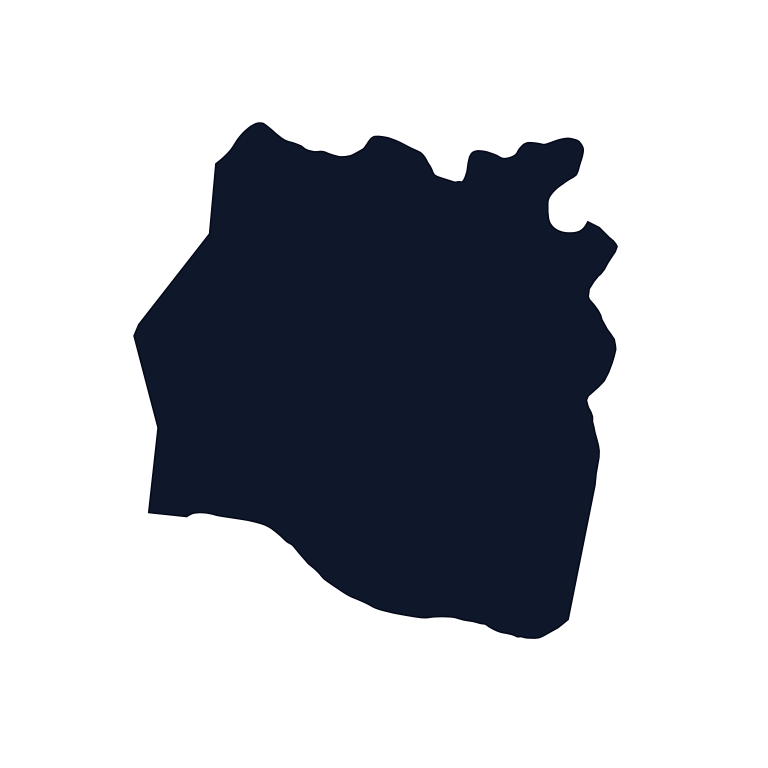 Lauterique, La Paz, Honduras (Robinson projection), rotated 76°
{"feature_id": "27666195B69493881597747", "entity_name": "Lauterique", "entity_type": "district", "adm_level": 2, "iso_a3": "HND", "parent_name": "Honduras", "parent_adm1": "La Paz", "projection": "robinson", "projection_center": [-87.665, 13.861], "detail": "fine", "context": "isolated", "style": "filled", "palette": "ink", "viewbox_px": 768, "rotation_deg": 76, "n_neighbors": 0, "source": "geoboundaries", "source_scale": "gbopen_adm2", "svg_char_len": 6170}
<svg xmlns="http://www.w3.org/2000/svg" viewBox="0 0 768 768"><g transform="rotate(76 384 384)"><path d="M657.0,262.3L533.3,203.8L522.1,199.8L507.2,193.2L500.8,191.4L495.7,190.9L488.9,190.9L482.3,191.1L476.6,190.8L471.0,190.8L466.1,189.6L461.6,190.0L456.4,191.3L454.1,191.5L448.7,191.5L445.1,188.9L441.4,181.9L438.2,175.9L434.2,169.6L426.9,163.2L418.6,157.5L412.7,154.0L406.6,150.8L402.9,150.2L396.3,149.8L391.1,151.7L385.0,154.2L374.4,157.0L369.5,157.2L364.4,158.5L357.8,161.2L351.9,164.3L348.6,164.7L341.4,161.9L335.4,155.7L330.9,149.8L329.8,147.3L326.0,142.4L320.8,137.7L315.8,132.4L311.6,127.7L307.1,124.6L304.3,125.2L300.7,126.9L296.1,130.2L284.3,137.3L275.9,147.0L277.6,148.5L279.2,150.1L280.0,151.0L280.7,151.9L281.6,153.2L282.2,154.4L282.7,155.7L283.1,156.7L283.3,158.2L283.4,159.6L283.4,161.3L283.3,162.5L283.1,164.2L282.7,166.0L282.2,168.2L281.6,170.2L281.0,171.9L280.3,173.3L279.4,175.0L278.5,176.4L277.4,177.9L276.2,179.3L274.9,180.4L273.9,181.3L272.8,182.0L271.2,182.9L269.4,183.6L268.5,183.9L267.1,184.2L266.2,184.3L264.7,184.4L263.2,184.4L260.2,184.0L256.5,183.4L252.3,182.4L249.2,181.6L247.1,181.0L245.6,180.4L244.6,179.8L243.8,179.3L243.1,178.8L242.4,178.2L241.4,177.2L240.7,176.3L239.7,175.1L238.4,173.3L237.3,171.6L236.5,170.2L235.7,168.8L235.2,167.7L234.3,165.5L231.8,159.2L231.0,157.1L230.0,154.0L229.0,150.2L228.6,149.3L228.2,148.3L227.8,147.4L227.4,146.9L226.8,146.2L225.8,145.4L224.0,144.1L219.8,141.8L212.4,137.3L210.4,136.2L207.2,134.7L206.2,134.4L205.3,134.1L204.3,133.9L203.4,133.8L202.5,133.9L201.5,134.0L199.7,134.5L198.6,134.9L197.4,135.4L195.9,136.2L195.3,136.6L194.8,137.2L194.1,138.0L193.4,139.1L192.0,141.6L191.1,143.5L190.6,144.6L190.3,145.5L189.9,147.3L189.6,149.4L189.5,150.8L189.4,154.1L189.5,156.7L189.6,158.2L190.3,164.9L190.5,167.1L190.6,169.2L190.5,170.1L190.3,171.3L189.9,172.2L188.7,174.6L188.1,175.9L187.2,178.0L186.4,180.2L185.5,182.8L185.1,184.2L184.9,185.1L184.7,186.1L184.7,186.8L184.8,187.8L185.0,189.2L185.1,189.8L185.5,190.7L185.7,191.3L186.2,192.1L187.4,194.0L188.8,195.9L189.9,197.1L191.7,198.7L192.8,199.9L193.4,200.8L193.9,202.0L194.2,203.0L194.5,204.4L194.7,205.7L194.8,207.1L194.9,208.5L194.8,209.8L194.7,211.1L194.5,212.3L194.3,213.1L194.1,213.8L193.7,214.4L193.4,215.1L192.8,215.9L192.0,216.8L190.0,218.8L188.9,220.2L187.2,222.6L185.2,225.7L183.7,228.1L182.9,229.7L182.3,231.1L181.6,232.9L181.0,234.8L180.6,236.0L180.4,237.1L180.3,238.2L180.3,239.3L180.4,240.4L180.5,241.1L180.9,242.1L181.2,242.8L181.7,243.5L182.3,244.1L183.4,245.1L184.3,245.9L185.3,246.5L188.1,247.9L190.1,248.9L195.7,251.1L197.5,251.9L198.3,252.3L201.0,253.9L203.0,255.2L204.4,256.3L205.6,257.4L206.2,258.1L206.7,258.7L206.8,259.1L206.9,259.6L206.8,260.2L206.3,261.2L206.0,261.7L205.9,262.4L205.7,263.5L205.7,265.1L205.6,265.9L205.3,266.6L204.6,267.9L198.0,278.6L196.9,280.3L196.0,281.7L195.0,282.9L194.3,283.7L193.8,284.1L193.1,284.6L192.3,284.9L191.6,285.2L190.6,285.4L188.2,285.7L185.9,286.1L183.7,286.7L179.9,288.0L176.2,288.9L174.8,289.3L173.2,289.9L171.6,290.6L170.1,291.4L169.2,292.0L168.5,292.6L167.9,293.1L166.6,294.6L162.3,300.0L159.5,303.3L155.8,307.4L153.0,310.7L150.8,313.5L149.1,316.0L147.0,319.1L146.3,320.2L145.6,321.6L144.6,323.8L143.6,326.2L142.6,328.9L142.2,330.5L141.7,332.6L141.6,333.5L141.7,334.3L141.9,335.0L142.3,336.3L142.7,337.1L143.5,338.3L144.5,339.5L145.6,340.8L147.6,342.9L149.2,344.8L150.6,346.6L150.9,347.1L151.2,348.0L152.4,352.2L153.5,356.3L154.2,359.3L154.4,360.8L154.4,361.9L154.3,363.9L154.1,366.6L153.9,367.7L153.6,369.3L153.2,370.8L152.9,371.7L152.5,372.8L151.8,374.2L149.7,378.0L148.6,379.7L147.7,381.2L145.7,383.9L144.9,385.0L144.2,386.1L143.8,387.0L143.3,388.3L143.0,389.4L142.5,392.7L142.3,393.8L141.9,395.2L141.4,396.5L140.5,398.3L139.4,400.5L138.7,401.6L137.8,402.7L136.9,403.8L135.9,404.6L134.0,406.0L133.1,406.8L132.4,407.7L130.3,410.6L128.7,412.9L127.4,415.1L126.1,417.5L125.3,418.8L124.0,420.6L122.5,422.3L120.2,424.4L117.7,426.3L114.4,428.8L110.2,431.6L108.4,432.9L104.5,435.9L103.3,436.9L102.2,438.0L101.6,438.8L101.2,439.9L100.7,441.3L100.5,442.5L100.4,443.7L100.4,445.1L100.6,446.3L101.0,448.0L101.4,449.5L101.8,450.8L102.3,452.2L103.0,453.7L104.6,456.9L105.4,458.4L106.3,459.9L108.1,462.6L109.8,464.9L111.2,466.6L111.9,467.5L115.1,470.8L118.2,474.1L119.7,475.9L121.1,477.9L122.0,479.2L123.3,481.3L125.6,485.3L127.8,489.6L129.7,493.9L196.1,516.9L267.0,607.6L276.8,614.9L371.8,613.8L451.8,643.4L464.9,607.4L464.1,605.3L463.6,603.0L463.4,602.1L463.3,601.1L463.2,600.3L463.3,599.3L463.4,598.1L464.0,594.4L464.2,593.5L465.0,590.8L466.0,587.7L467.1,585.2L468.1,583.1L469.2,581.0L470.8,578.2L472.1,575.5L480.5,555.4L483.4,548.7L484.3,547.0L486.0,543.6L488.4,539.2L490.3,536.0L492.0,533.5L493.3,531.9L494.9,530.1L496.4,528.6L497.8,527.4L500.3,525.4L503.6,522.9L506.6,520.8L511.3,517.9L512.6,517.0L513.3,516.5L514.3,515.6L515.2,514.7L516.9,512.9L517.6,512.2L518.2,511.8L519.1,511.2L520.5,510.5L527.9,507.0L538.9,501.4L540.2,500.7L541.4,499.8L545.8,496.5L546.9,495.8L549.9,493.8L552.2,492.5L553.7,491.8L556.4,490.5L557.7,489.8L559.0,488.9L562.1,486.4L567.8,481.4L575.5,474.4L577.7,472.3L579.3,470.8L580.9,469.0L582.4,467.3L583.3,466.1L586.2,462.1L590.0,457.1L592.4,454.2L593.6,452.8L597.5,448.6L599.2,446.5L600.1,445.2L601.4,443.2L602.4,441.5L604.6,437.5L608.3,430.4L610.6,425.5L616.7,411.7L618.7,406.7L619.9,403.7L620.4,401.8L621.0,399.5L621.3,397.5L621.6,394.3L622.0,391.7L622.5,389.1L623.1,386.5L623.6,384.2L624.7,380.3L625.9,376.1L626.5,374.5L627.2,372.6L628.3,370.5L630.4,366.9L631.9,364.3L633.1,361.7L635.5,355.9L636.6,353.7L638.0,351.2L639.4,348.7L640.2,347.0L641.0,344.8L641.5,343.8L641.9,343.3L642.4,342.8L642.8,342.5L643.5,341.9L644.6,341.1L645.4,340.2L647.0,338.6L649.3,336.0L650.3,334.7L651.4,333.3L652.8,331.1L653.6,329.7L655.7,325.0L657.2,322.0L657.8,320.8L658.5,319.7L659.3,318.6L660.1,317.5L661.0,316.4L661.4,315.9L661.6,315.3L661.8,314.7L661.9,314.3L662.0,313.2L662.2,312.1L662.6,311.4L663.6,309.6L664.3,308.3L665.0,306.5L665.7,304.0L666.9,299.8L667.2,298.2L667.5,296.3L667.6,295.0L667.5,293.9L667.4,292.8L667.1,291.4L666.6,289.2L664.0,279.7L662.9,275.6L662.6,274.4L662.4,274.0L660.0,268.6L657.6,263.6L657.0,262.3Z" fill="#0f172a" stroke="#020617" stroke-width="1.5"/></g></svg>